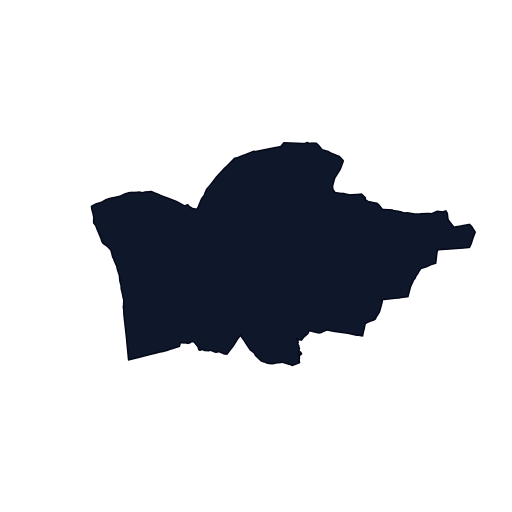 outline of Drangedal nor, Telemark, Norway, rotated 130°
{"feature_id": "86288312B55078713948498", "entity_name": "Drangedal nor", "entity_type": "district", "adm_level": 2, "iso_a3": "NOR", "parent_name": "Norway", "parent_adm1": "Telemark", "projection": "mercator", "projection_center": [9.073, 59.091], "detail": "fine", "context": "isolated", "style": "filled", "palette": "ink", "viewbox_px": 512, "rotation_deg": 130, "n_neighbors": 0, "source": "geoboundaries", "source_scale": "gbopen_adm2", "svg_char_len": 6057}
<svg xmlns="http://www.w3.org/2000/svg" viewBox="0 0 512 512"><g transform="rotate(130 256 256)"><path d="M417.5,286.8L409.3,280.8L408.6,280.3L399.3,273.7L394.1,269.8L391.8,268.3L389.5,266.3L384.7,262.9L384.3,262.9L384.1,262.7L381.3,261.0L380.3,260.2L378.2,259.0L374.5,256.6L372.7,257.4L371.2,258.4L368.6,254.9L368.1,254.4L367.2,253.7L367.3,252.8L366.6,252.0L365.2,250.9L363.4,250.6L363.1,250.1L363.0,249.9L362.4,249.7L361.9,249.3L361.8,248.7L361.8,247.8L361.8,247.4L362.8,242.2L362.9,241.8L363.6,240.9L364.1,240.2L364.6,239.0L363.8,238.0L362.0,237.2L361.9,235.8L361.4,235.3L361.3,234.3L360.5,233.6L360.2,233.0L360.0,232.7L359.6,232.1L358.9,231.2L357.6,230.7L356.9,228.8L356.4,227.0L355.6,224.9L354.7,224.1L354.2,223.9L353.7,223.4L352.5,221.7L352.6,221.4L352.6,221.2L352.3,220.6L352.3,220.0L351.9,219.5L351.5,218.8L351.7,218.2L351.4,217.4L350.0,215.2L349.4,215.2L349.2,215.3L348.9,215.2L345.8,215.4L339.6,215.6L331.0,216.8L326.6,216.9L327.2,215.3L327.4,214.4L328.6,210.0L328.8,209.2L329.2,208.3L329.4,207.7L329.6,206.8L329.9,206.0L330.9,202.5L331.6,200.2L331.4,195.1L332.5,192.4L333.0,184.5L332.2,182.2L331.9,181.8L331.6,181.3L331.6,180.9L331.3,180.1L331.2,179.3L330.8,178.7L330.7,178.2L330.4,177.9L330.1,177.1L329.7,176.8L329.5,176.4L329.5,176.2L328.2,174.5L327.7,173.9L327.0,173.3L325.3,172.1L323.5,170.4L323.4,170.2L321.4,168.4L320.2,167.1L317.8,161.3L317.3,160.6L317.1,160.1L316.8,158.5L316.7,158.0L315.4,157.2L309.7,154.1L309.2,154.7L309.2,154.9L309.2,155.1L308.6,155.4L307.1,156.7L306.5,157.0L305.7,157.6L305.4,157.9L305.0,158.3L304.5,159.2L304.3,159.3L303.8,159.2L303.5,158.9L303.5,158.7L303.3,158.7L303.2,158.6L303.1,158.8L302.7,159.0L302.7,158.8L302.5,158.4L302.2,158.2L301.9,158.2L301.7,158.3L301.7,158.6L301.4,158.7L301.4,158.9L301.5,158.9L301.5,159.0L301.2,159.5L301.1,159.8L301.0,160.1L301.0,160.3L301.3,160.4L301.3,160.8L301.6,161.1L301.6,161.6L301.4,161.8L301.0,161.9L300.7,162.1L300.1,162.8L299.3,163.3L298.9,163.3L298.6,163.6L298.5,163.8L298.5,164.2L298.5,164.4L297.2,165.6L297.1,166.2L296.9,166.8L296.5,167.4L296.1,168.0L295.2,168.0L294.9,168.7L293.7,169.5L293.6,169.8L293.4,169.9L293.3,170.8L291.2,167.1L287.6,167.3L282.2,166.4L279.0,167.3L278.6,166.4L278.1,165.6L277.3,163.8L277.1,163.4L276.4,161.9L276.0,161.3L275.7,160.5L274.5,158.3L274.1,158.0L273.4,157.4L273.2,157.2L272.8,156.9L271.8,156.4L270.8,156.2L269.4,155.3L268.2,154.8L267.2,154.1L266.4,153.0L264.4,149.2L263.1,147.0L256.1,135.9L252.4,128.7L251.7,127.5L250.3,126.2L250.1,125.0L249.8,124.7L248.7,123.0L246.5,124.2L245.2,124.9L244.2,125.5L243.3,125.8L237.7,128.8L235.2,128.0L231.8,126.2L229.8,124.8L228.6,124.5L227.7,124.1L226.9,124.2L226.0,124.6L224.3,124.9L223.1,124.9L222.7,125.1L221.2,125.2L219.3,125.6L216.1,127.0L209.5,130.1L208.4,131.3L198.1,121.5L196.1,119.3L195.0,118.6L189.5,113.5L180.6,117.7L178.4,118.4L174.9,119.3L173.6,119.8L173.2,119.9L172.1,119.8L170.4,119.9L169.1,120.5L164.8,120.9L163.0,121.3L159.7,121.7L154.5,118.4L150.1,116.4L146.0,113.7L136.9,119.7L134.3,120.7L125.8,111.8L118.3,104.1L117.3,103.0L112.2,98.0L108.1,99.1L102.6,101.4L96.8,103.4L94.8,109.7L94.5,112.7L100.8,118.0L101.5,118.4L102.9,119.6L103.5,120.3L105.9,122.3L106.9,122.9L106.3,124.7L106.2,125.5L105.7,127.9L104.8,131.8L103.8,133.3L100.3,136.9L99.4,139.6L102.2,141.3L105.2,145.9L110.8,148.7L112.2,150.8L113.4,152.2L117.6,156.8L118.6,157.6L121.8,161.4L125.5,167.7L126.9,169.2L128.1,170.7L128.8,172.7L129.1,173.6L129.8,174.7L130.4,176.0L133.0,180.0L133.1,181.1L134.9,183.6L138.9,188.8L138.9,190.1L138.1,193.5L137.9,194.5L137.9,195.7L137.9,197.4L140.2,201.3L141.0,203.1L142.1,204.6L142.6,208.6L141.1,209.6L140.7,214.9L143.9,218.1L149.1,223.7L152.1,229.6L153.3,230.9L156.6,236.2L155.5,240.0L153.3,242.3L151.0,243.4L145.7,245.8L136.3,247.1L134.9,247.4L127.1,250.2L126.8,250.9L126.2,256.3L128.2,262.2L128.9,264.3L129.0,265.0L129.3,266.0L129.4,267.6L132.1,273.6L131.0,279.4L130.9,282.3L132.5,284.4L134.5,286.7L135.0,286.9L135.5,287.7L135.8,288.3L135.9,289.4L136.6,290.0L138.5,291.0L139.0,291.4L141.0,294.1L151.3,307.4L156.3,307.4L162.1,312.2L176.9,324.0L177.0,324.9L185.5,329.5L188.7,331.4L192.3,333.2L194.9,335.2L206.6,336.1L209.2,336.6L212.3,336.6L217.1,336.9L221.3,337.1L224.3,336.9L231.2,336.6L236.5,336.7L240.7,335.5L241.3,335.1L243.4,334.6L245.3,334.6L246.9,334.5L251.9,333.0L255.0,331.9L258.2,331.3L260.6,335.5L260.6,337.2L260.9,338.0L261.1,338.8L260.8,340.0L260.7,340.6L260.6,340.9L260.6,341.2L260.8,341.5L261.9,341.9L262.6,342.4L262.9,342.3L263.2,342.6L263.8,343.6L263.7,343.6L263.9,344.8L264.1,345.4L264.8,349.4L265.1,350.7L265.5,352.4L268.5,361.2L270.0,365.2L271.2,368.9L271.4,369.9L271.6,370.5L271.7,371.0L271.9,371.4L272.2,372.5L272.4,372.7L272.4,372.9L272.5,373.2L273.0,374.5L273.0,374.9L273.6,376.6L273.7,377.2L273.9,377.7L275.8,379.6L276.2,379.8L277.0,380.9L278.6,382.4L279.5,382.9L280.4,383.6L281.4,385.1L281.6,386.0L282.0,386.3L282.3,386.7L283.2,387.8L283.5,387.9L284.0,388.4L284.4,388.7L284.6,389.2L284.9,389.3L286.4,391.1L286.8,391.8L287.5,392.3L287.8,392.7L288.6,393.5L289.0,393.9L292.6,396.3L297.3,398.4L300.7,400.9L305.8,405.0L309.4,407.2L310.4,407.5L311.4,407.9L313.4,408.5L317.1,410.8L318.1,411.6L319.9,412.5L323.0,413.7L323.6,414.0L324.5,413.2L325.6,412.0L326.5,410.6L327.3,409.6L327.9,408.6L330.6,405.2L333.9,402.6L335.0,401.6L335.4,399.8L335.5,399.1L336.2,397.4L336.4,396.9L336.8,396.5L342.6,385.3L343.2,384.6L344.0,383.3L343.9,382.7L344.4,382.0L344.6,381.4L344.5,379.6L344.3,377.7L344.2,376.0L344.3,375.4L344.3,374.2L344.6,372.3L344.6,371.2L346.3,368.7L348.5,365.7L349.0,365.0L349.3,364.0L349.9,362.8L350.4,362.2L350.6,361.6L351.5,359.8L351.8,359.4L352.2,358.4L352.8,357.4L353.1,356.5L353.8,355.3L354.6,354.7L354.9,354.1L355.9,352.8L358.1,349.1L358.9,348.0L362.5,344.4L363.2,343.4L363.5,343.1L365.1,340.7L367.2,338.7L368.1,337.8L370.2,334.8L373.1,331.3L374.7,329.0L376.2,327.8L377.1,327.2L378.4,326.1L380.5,324.8L380.6,324.5L381.0,324.2L382.3,322.7L383.9,321.3L384.0,321.1L385.1,320.2L387.0,318.3L401.0,303.6L402.0,302.6L403.4,301.1L404.1,300.5L413.0,291.4L416.0,288.4L416.7,287.5L417.2,287.2L417.5,286.8Z" fill="#0f172a" stroke="#020617" stroke-width="1.5"/></g></svg>